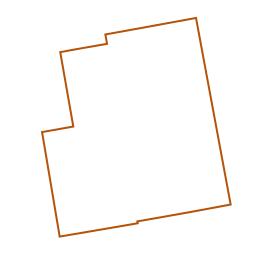 the district of Cedar, Missouri, United States of America, rotated 258°
{"feature_id": "52423323B54382841940119", "entity_name": "Cedar", "entity_type": "district", "adm_level": 2, "iso_a3": "USA", "parent_name": "United States of America", "parent_adm1": "Missouri", "projection": "equal_earth", "projection_center": [-93.826, 37.737], "detail": "fine", "context": "isolated", "style": "outline", "palette": "amber", "viewbox_px": 256, "rotation_deg": 258, "n_neighbors": 0, "source": "geoboundaries", "source_scale": "gbopen_adm2", "svg_char_len": 335}
<svg xmlns="http://www.w3.org/2000/svg" viewBox="0 0 256 256"><g transform="rotate(258 128 128)"><path d="M221.5,217.4L222.4,185.6L224.2,125.3L214.7,125.0L215.8,95.1L216.3,77.5L140.8,74.8L141.9,43.1L36.0,38.6L32.8,117.7L34.7,117.7L32.8,172.9L32.6,180.8L31.8,212.5L221.5,217.4Z" fill="none" stroke="#b45309" stroke-width="2"/></g></svg>